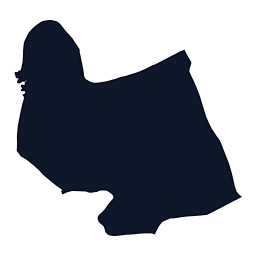 Keo Oudom, Vientiane, Laos
{"feature_id": "54806243B75308999712701", "entity_name": "Keo Oudom", "entity_type": "district", "adm_level": 2, "iso_a3": "LAO", "parent_name": "Laos", "parent_adm1": "Vientiane", "projection": "orthographic", "projection_center": [102.503, 18.574], "detail": "fine", "context": "isolated", "style": "filled", "palette": "ink", "viewbox_px": 256, "rotation_deg": 0, "n_neighbors": 0, "source": "geoboundaries", "source_scale": "gbopen_adm2", "svg_char_len": 3362}
<svg xmlns="http://www.w3.org/2000/svg" viewBox="0 0 256 256"><path d="M184.0,50.6L183.6,50.9L183.4,51.0L182.8,51.2L181.0,51.8L157.2,64.2L155.3,65.2L154.2,65.6L152.9,65.9L150.5,67.1L144.4,70.2L141.6,71.3L138.4,72.7L136.3,73.4L133.5,74.2L132.4,74.6L131.8,74.8L128.3,75.8L126.3,76.6L121.0,77.7L118.1,78.7L114.7,79.9L112.7,80.3L109.9,81.2L106.0,82.2L99.4,83.2L97.7,83.4L94.2,83.6L89.9,82.4L86.2,80.3L84.4,78.6L83.4,76.2L83.1,73.5L82.8,71.1L82.2,67.9L81.9,66.4L81.6,65.1L81.0,61.9L80.4,59.1L80.1,57.2L79.7,55.5L79.0,52.6L78.9,51.0L78.9,50.6L78.8,49.4L78.2,48.5L75.5,44.3L74.0,42.5L72.3,39.4L70.5,37.4L66.1,32.5L64.3,30.4L61.4,26.7L59.2,24.0L56.7,22.1L51.0,20.7L48.0,20.9L43.4,21.7L41.8,22.3L39.1,24.0L35.3,26.9L32.7,29.3L29.6,32.6L27.9,35.7L26.8,38.0L25.2,41.3L24.4,44.4L23.8,50.6L23.8,50.9L23.8,51.0L23.8,52.5L23.7,55.9L23.5,58.3L23.4,61.8L21.3,71.0L21.0,71.1L20.8,71.1L20.1,71.2L19.7,71.2L19.2,71.2L19.0,71.4L18.8,71.8L18.7,72.2L18.8,72.7L18.8,73.2L18.6,73.3L18.4,73.4L17.9,73.3L17.4,73.0L17.0,72.7L16.4,72.7L15.8,72.7L15.5,72.8L15.4,73.1L15.4,73.7L15.9,74.9L16.2,75.6L16.2,75.9L16.3,76.5L16.4,76.8L16.6,77.2L17.1,77.5L17.6,77.7L18.2,77.8L18.9,77.7L19.5,77.7L20.1,77.6L20.8,77.6L21.3,77.6L21.5,77.8L21.5,78.0L21.3,78.3L21.0,78.5L20.1,78.8L19.4,79.3L19.0,79.6L18.7,80.0L18.3,80.6L18.0,81.2L17.9,81.7L17.9,82.1L18.0,82.5L18.5,82.7L19.0,82.7L19.5,82.5L19.9,82.4L20.8,81.8L21.8,81.1L22.4,80.7L22.8,80.6L23.2,80.7L23.6,80.8L24.1,81.0L24.3,81.1L24.5,81.1L24.8,80.9L25.1,80.3L25.4,80.0L25.6,79.8L26.0,79.8L26.3,79.8L26.6,80.0L27.4,81.0L27.7,81.3L27.8,81.6L27.7,81.9L27.5,82.0L27.2,82.1L26.5,82.2L26.1,82.3L25.8,82.5L25.6,82.8L25.4,83.5L25.4,84.1L25.5,85.4L25.2,85.8L24.9,85.9L24.4,85.9L23.1,85.5L22.3,85.3L22.0,85.4L21.7,85.7L21.6,86.1L21.7,86.5L22.0,86.9L22.5,87.3L22.8,87.5L22.9,87.8L22.9,88.2L22.7,88.9L22.3,89.3L21.9,89.6L21.7,90.0L21.7,90.3L21.9,90.5L22.4,90.5L23.3,90.4L24.4,90.4L24.9,90.6L25.6,91.0L25.9,91.6L26.1,92.6L25.9,93.4L25.3,94.0L24.6,94.5L23.8,94.9L23.4,95.1L23.4,95.4L23.5,95.6L24.1,95.9L25.1,96.0L25.0,96.8L24.7,97.7L24.5,99.0L24.1,100.6L23.6,102.3L23.2,103.4L22.1,108.4L21.2,112.4L20.7,114.8L20.1,118.1L19.3,122.1L18.5,126.3L18.3,129.0L18.0,132.3L17.7,134.8L17.7,137.4L17.7,140.4L17.8,142.3L17.7,147.0L17.5,150.7L21.4,155.8L27.1,159.2L34.1,164.8L38.9,169.1L43.5,174.2L50.7,180.2L56.1,184.6L62.9,189.4L62.0,191.7L62.8,193.5L67.0,191.6L71.9,190.2L77.5,190.4L83.6,190.6L86.2,190.8L88.7,191.8L91.3,192.0L94.1,191.5L96.9,191.2L98.6,190.2L101.3,189.7L103.8,189.7L106.4,189.9L108.4,190.7L110.8,192.5L112.9,194.0L114.0,196.0L114.2,198.3L112.4,200.5L110.7,202.4L108.6,204.9L105.6,209.4L101.7,213.5L100.2,214.7L98.9,216.2L98.4,217.3L98.4,218.8L99.1,221.0L100.6,222.7L103.0,224.8L104.1,225.8L104.7,227.0L105.2,228.4L105.6,229.7L106.0,231.7L108.0,233.8L109.1,234.3L111.0,235.0L115.1,235.3L126.2,234.0L133.2,233.6L138.7,233.0L144.8,232.6L152.0,232.6L154.3,233.6L155.7,230.8L158.5,225.5L161.8,221.3L169.9,217.7L175.3,217.4L181.5,216.4L186.7,215.8L192.2,215.4L200.6,214.8L207.2,214.0L240.6,196.7L238.7,195.3L235.9,191.9L235.2,189.8L234.1,186.3L231.1,173.3L228.3,163.8L223.9,152.6L219.5,141.3L215.1,135.1L211.2,129.2L208.8,124.5L205.4,116.7L202.8,108.3L199.4,97.0L195.8,87.6L192.6,80.2L191.6,78.3L190.2,75.4L188.4,71.1L188.8,69.5L188.7,69.1L189.2,67.7L190.7,62.7L188.1,58.3L184.2,51.0L184.1,50.9L184.0,50.6Z" fill="#0f172a" stroke="#020617" stroke-width="1.5"/></svg>